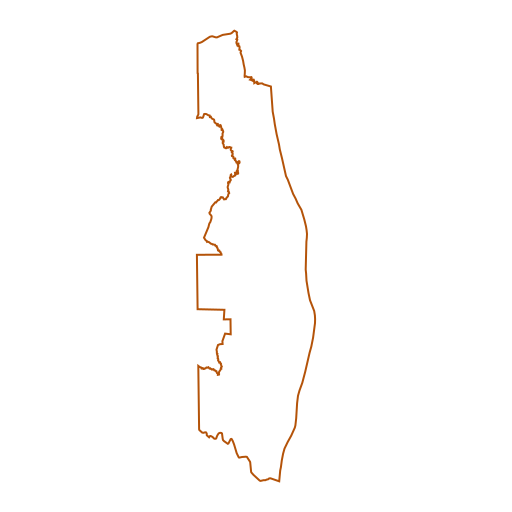 Wan Yai, Mukdahan, Thailand (Equal Earth projection)
{"feature_id": "78962969B15109036384984", "entity_name": "Wan Yai", "entity_type": "district", "adm_level": 2, "iso_a3": "THA", "parent_name": "Thailand", "parent_adm1": "Mukdahan", "projection": "equal_earth", "projection_center": [104.712, 16.728], "detail": "fine", "context": "isolated", "style": "outline", "palette": "amber", "viewbox_px": 512, "rotation_deg": 0, "n_neighbors": 0, "source": "geoboundaries", "source_scale": "gbopen_adm2", "svg_char_len": 6006}
<svg xmlns="http://www.w3.org/2000/svg" viewBox="0 0 512 512"><path d="M279.2,481.3L280.2,470.6L280.9,467.2L281.8,460.4L283.1,453.7L284.5,448.6L287.7,442.0L291.2,435.7L294.8,427.7L295.4,425.4L296.2,418.2L297.1,403.2L298.0,395.8L299.5,390.5L302.3,382.8L305.2,371.8L309.6,352.7L311.3,346.6L313.1,337.6L315.0,323.1L315.1,319.1L314.9,315.4L314.2,311.0L310.0,300.2L308.5,293.0L306.5,280.7L306.1,273.5L305.7,269.6L306.4,241.7L306.8,237.9L307.0,234.0L306.6,230.2L306.0,226.4L304.3,219.5L301.4,209.8L297.7,203.4L295.6,198.6L293.1,193.9L287.8,179.7L286.0,176.1L282.0,158.3L279.8,149.4L279.0,144.5L276.6,134.1L274.8,124.3L274.0,118.7L272.7,111.7L270.9,86.5L263.7,84.4L262.2,83.4L259.5,83.5L258.6,84.0L257.8,84.0L257.7,83.8L257.9,83.3L257.8,82.8L257.5,82.6L257.1,82.8L257.2,81.9L256.9,81.7L254.3,83.1L254.3,82.1L253.9,81.6L254.1,80.7L253.6,80.4L253.7,79.7L253.2,79.6L252.8,80.5L252.4,80.7L252.2,80.5L252.4,80.0L252.2,79.8L251.5,80.1L250.2,79.7L250.9,79.0L251.4,78.6L251.6,77.4L251.4,77.1L250.1,77.3L247.8,77.1L246.1,76.3L244.7,76.8L244.6,76.0L244.8,73.3L244.9,70.4L244.4,67.5L243.7,64.5L243.1,60.9L242.0,56.6L240.6,52.9L240.6,52.2L241.0,51.4L241.1,51.0L240.3,50.1L239.3,49.7L239.6,47.8L239.5,46.8L239.4,46.3L239.2,46.1L238.2,46.1L238.1,45.3L238.5,44.1L238.4,43.6L237.9,43.6L237.1,44.7L236.4,42.9L236.5,41.8L237.0,40.7L237.3,39.5L237.1,39.1L236.5,39.0L237.3,37.5L237.2,36.0L236.7,33.8L237.0,32.5L236.7,32.0L234.3,30.7L234.0,30.9L231.6,33.1L230.3,33.7L222.7,34.9L216.9,37.4L215.6,37.3L212.4,36.3L211.3,36.4L209.8,36.8L201.9,42.0L200.0,42.8L197.8,43.3L197.5,44.1L197.6,73.2L197.9,73.4L198.4,114.1L198.3,114.6L197.2,116.7L197.0,118.1L200.4,117.4L201.6,117.8L202.6,117.8L202.9,117.5L203.2,116.9L204.1,114.1L205.0,113.9L206.4,114.1L208.4,115.3L209.7,115.5L209.8,115.8L209.9,117.0L210.9,116.8L211.5,118.1L211.8,118.5L214.0,119.6L214.2,120.1L214.4,121.8L214.6,122.4L216.4,123.8L217.8,123.9L217.9,124.5L217.1,125.2L217.3,125.5L218.7,125.5L219.2,126.5L219.6,126.7L220.0,126.4L219.8,125.2L220.2,125.0L220.6,125.2L220.9,125.9L221.6,128.8L221.6,130.0L222.0,130.2L222.2,129.5L222.4,129.4L223.2,131.3L223.2,132.0L222.5,133.6L222.6,135.0L222.5,136.2L221.3,137.1L221.3,137.5L222.2,137.7L222.2,138.0L221.4,138.1L221.2,138.3L221.2,138.8L221.7,139.4L222.8,139.5L223.6,140.4L223.6,141.8L223.3,141.9L222.8,141.8L222.7,143.1L223.7,144.7L223.7,146.0L224.0,146.5L224.1,147.4L226.0,148.3L226.2,148.2L226.3,147.5L226.9,147.0L227.9,147.8L228.2,147.7L228.9,147.1L229.6,147.0L230.0,147.1L230.6,147.7L231.3,147.7L231.3,147.9L230.8,148.4L230.7,148.8L230.8,150.0L231.4,150.8L232.4,151.0L232.7,151.3L232.6,151.8L231.9,152.4L232.6,153.4L232.7,153.8L232.6,154.6L231.9,155.5L232.0,156.1L233.3,156.6L233.4,156.9L233.4,158.2L233.7,158.5L235.2,158.5L235.3,159.0L234.9,159.6L234.9,160.2L235.7,160.7L236.5,162.6L236.9,162.6L239.0,161.1L239.4,161.3L239.6,162.2L239.5,162.7L239.2,163.3L237.7,164.1L238.2,165.7L238.1,167.1L237.5,169.7L237.9,170.7L237.9,171.4L237.7,171.4L237.0,170.6L236.7,171.0L236.6,171.9L236.8,172.4L238.0,172.4L238.2,173.0L238.1,173.6L237.7,173.8L236.8,173.9L235.3,172.8L235.0,172.8L235.2,173.8L235.1,174.7L235.4,175.0L235.3,175.4L233.6,176.2L232.8,176.9L231.7,176.7L231.3,176.4L231.1,175.7L231.3,174.7L231.2,174.5L230.7,175.0L230.6,176.3L229.9,177.8L230.0,178.2L230.4,178.8L230.4,179.4L230.8,179.9L230.7,180.3L230.0,181.1L229.6,182.5L229.0,182.5L228.4,182.0L228.1,182.3L228.0,183.1L228.4,184.1L228.4,184.5L227.7,186.8L227.7,187.7L228.3,189.4L228.0,191.4L228.7,191.5L229.2,193.1L228.7,193.6L228.3,194.3L227.9,196.4L226.5,197.8L226.1,198.9L225.8,199.2L225.2,199.1L224.1,199.4L222.7,197.3L221.8,197.5L221.3,197.1L220.8,197.2L220.6,197.4L220.6,197.9L220.1,198.3L219.7,199.3L219.2,199.6L218.9,200.0L217.9,200.1L217.7,200.6L216.5,201.7L216.2,202.4L215.3,202.3L211.9,206.4L211.6,206.9L211.1,208.8L210.8,209.4L210.9,210.1L210.5,211.2L209.4,212.8L209.7,213.8L211.1,215.4L211.5,216.1L211.6,216.8L211.5,218.2L211.2,219.4L210.3,222.1L209.4,223.4L209.2,224.0L208.4,227.2L204.0,237.7L205.3,239.8L206.2,240.7L206.9,241.1L207.1,241.9L207.7,241.7L209.1,242.2L210.9,243.7L212.1,244.0L212.6,244.5L213.4,244.4L214.4,244.8L215.0,244.8L215.5,245.9L216.2,245.9L216.7,246.1L216.9,246.6L216.8,247.4L217.6,248.2L218.0,250.4L218.4,250.7L218.9,250.4L219.3,250.5L219.8,251.8L220.6,252.2L221.0,253.7L221.5,254.1L221.5,254.7L196.9,254.8L197.6,309.2L224.4,309.8L223.8,319.4L230.5,319.3L230.5,319.7L230.7,334.3L225.1,333.6L222.6,340.6L222.4,341.1L222.6,344.0L220.0,344.2L218.0,345.0L216.5,349.6L216.9,352.0L216.8,353.0L217.1,353.6L217.4,353.8L217.1,354.6L217.5,355.4L217.5,355.9L217.9,356.2L217.7,357.0L217.8,357.6L217.6,358.2L217.7,358.5L218.1,358.6L218.3,359.6L218.1,360.5L218.9,361.5L219.2,362.5L220.1,362.3L220.4,363.4L220.9,363.6L220.8,364.0L220.9,364.7L221.2,365.0L221.4,365.9L221.7,366.5L221.4,366.7L221.4,367.2L221.1,367.5L221.3,367.9L221.0,368.3L221.2,368.8L220.7,369.0L220.7,369.4L220.0,370.6L219.4,371.3L219.0,372.2L219.0,372.7L218.7,373.6L219.1,374.1L219.0,374.6L217.9,374.8L218.0,373.5L217.1,373.2L216.7,372.2L216.5,371.9L216.5,371.3L215.9,370.9L215.6,371.0L215.1,370.4L214.5,370.4L214.2,370.3L213.8,369.4L213.3,369.1L212.1,369.6L211.9,369.2L210.8,368.9L210.4,368.4L209.9,368.7L209.3,368.4L208.4,367.2L207.3,367.7L206.4,367.5L205.5,368.4L204.9,368.4L204.3,368.9L203.3,369.0L203.0,368.2L202.2,368.0L201.5,368.4L201.1,367.5L199.7,367.0L198.3,365.9L199.1,429.3L199.4,430.1L202.2,432.6L203.5,432.8L205.1,432.3L205.9,432.3L206.7,433.4L206.8,435.3L209.1,437.3L209.8,436.2L210.3,436.0L210.9,436.1L212.6,437.0L214.0,438.5L214.9,438.8L215.8,438.7L216.2,438.4L217.1,435.9L217.9,434.5L218.6,433.5L219.2,433.1L220.1,432.8L221.5,433.0L222.0,433.5L222.7,438.8L223.0,440.0L224.0,441.1L227.8,443.8L228.4,443.5L230.7,439.1L231.3,438.9L231.7,439.1L232.8,441.1L234.1,444.5L236.7,453.2L238.6,457.1L238.9,457.5L239.4,457.6L242.0,457.0L245.9,456.7L246.9,456.9L250.0,461.7L250.2,462.3L251.1,471.7L251.3,472.4L253.5,474.9L259.7,480.6L260.6,480.9L263.5,480.2L265.4,480.2L266.6,479.6L268.1,479.3L269.2,478.4L270.5,478.3L279.2,481.3Z" fill="none" stroke="#b45309" stroke-width="2"/></svg>